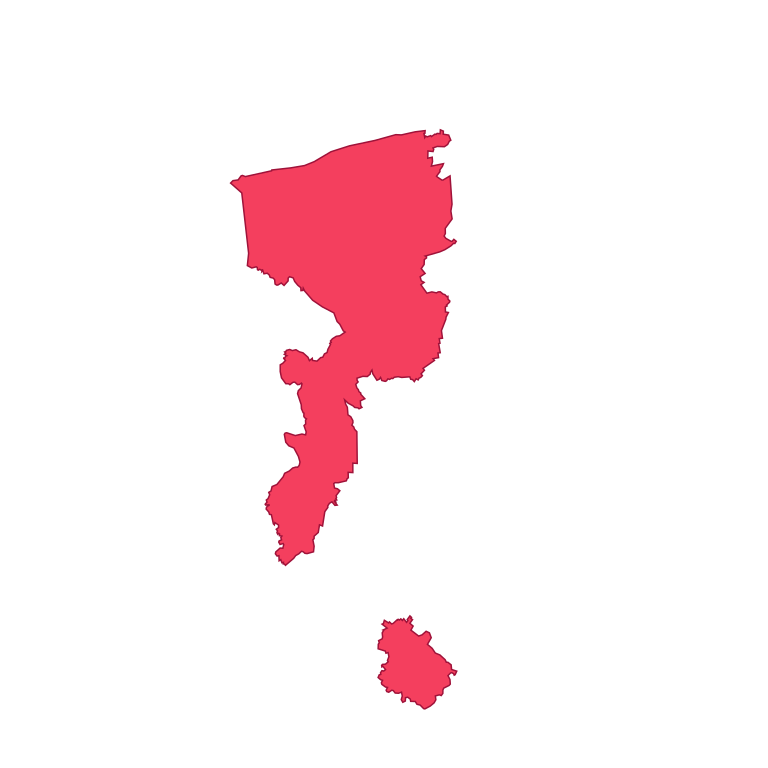 Chiconamel, Veracruz, Mexico (Mercator projection), rotated 41°
{"feature_id": "50627088B16194537288305", "entity_name": "Chiconamel", "entity_type": "district", "adm_level": 2, "iso_a3": "MEX", "parent_name": "Mexico", "parent_adm1": "Veracruz", "projection": "mercator", "projection_center": [-98.445, 21.244], "detail": "fine", "context": "isolated", "style": "filled", "palette": "rose", "viewbox_px": 768, "rotation_deg": 41, "n_neighbors": 0, "source": "geoboundaries", "source_scale": "gbopen_adm2", "svg_char_len": 6171}
<svg xmlns="http://www.w3.org/2000/svg" viewBox="0 0 768 768"><g transform="rotate(41 384 384)"><path d="M428.6,585.5L430.2,574.9L429.9,571.4L431.1,568.1L431.5,564.4L433.1,563.6L435.3,563.7L437.2,562.5L440.9,556.9L437.7,552.3L432.5,548.2L432.7,546.6L431.1,544.7L431.8,539.2L427.7,532.6L430.8,531.5L423.1,519.2L422.6,514.0L421.5,512.9L421.1,509.9L422.0,507.1L426.6,507.8L428.1,506.1L424.1,505.2L424.8,504.6L423.3,504.3L422.7,504.9L424.4,502.5L422.8,502.0L422.8,500.9L421.1,499.7L420.7,493.5L417.6,493.6L414.9,495.0L411.4,492.1L411.7,490.7L414.2,488.6L419.1,481.8L418.3,479.7L418.6,478.2L414.9,474.2L418.6,471.3L412.4,464.2L415.9,461.5L394.8,437.8L391.5,437.5L389.2,436.2L386.8,436.2L385.9,433.5L384.4,432.0L380.4,430.5L377.0,430.9L371.6,425.6L368.4,424.4L364.7,421.8L369.5,422.0L374.9,420.8L377.3,420.9L379.9,419.1L381.4,419.1L382.7,416.1L380.6,415.6L377.2,412.2L379.2,407.7L373.1,407.0L372.5,406.1L370.1,406.2L368.3,405.1L366.2,404.8L362.9,402.8L363.1,399.4L361.3,398.9L359.8,397.3L363.0,392.1L366.5,389.3L367.1,385.6L366.1,384.2L365.8,381.4L368.7,383.6L376.2,385.8L377.3,383.5L377.1,381.3L380.0,382.8L383.2,381.2L383.8,380.0L383.6,377.5L385.2,376.9L385.9,374.8L387.1,374.1L387.3,372.2L389.9,369.2L393.1,367.4L398.2,362.2L398.9,361.7L401.0,362.9L402.7,361.9L405.3,362.3L404.8,359.0L407.1,358.5L406.6,356.6L407.4,354.9L407.5,352.5L405.3,352.0L405.5,347.1L403.2,346.6L406.6,333.1L404.4,332.7L407.9,328.3L404.4,325.2L405.9,323.5L398.7,317.6L399.5,316.5L395.9,313.5L398.1,311.1L392.3,306.0L388.2,294.6L387.0,292.9L385.7,287.8L383.1,289.3L379.7,285.6L380.4,283.7L379.4,283.5L379.8,279.2L379.3,278.2L376.7,278.0L374.7,275.9L374.1,276.9L371.3,276.6L369.6,277.4L366.0,277.5L364.5,278.9L363.8,280.8L359.7,283.1L356.8,287.3L346.7,284.9L347.6,281.0L344.4,281.7L340.9,279.3L342.5,273.6L336.4,272.5L335.9,267.5L332.8,263.6L333.4,261.0L332.5,260.0L331.2,260.3L339.4,247.7L341.8,242.7L343.9,235.7L344.2,232.2L345.3,231.5L344.9,228.9L341.8,229.0L341.8,231.8L340.6,232.4L335.1,233.5L332.3,232.9L331.6,230.2L328.1,226.3L327.1,214.7L321.0,209.6L317.4,203.7L297.3,183.6L294.7,191.4L293.9,192.1L288.6,192.8L287.3,192.7L286.9,187.0L285.7,185.7L285.3,181.4L284.3,178.7L276.8,188.5L274.7,184.3L271.6,181.2L268.9,184.9L264.3,179.3L268.5,176.4L267.6,174.3L266.1,173.7L268.3,169.8L273.9,165.3L274.9,161.5L274.0,157.9L274.5,156.2L269.5,153.7L264.8,156.6L262.9,154.2L259.8,155.2L262.1,158.3L259.7,160.0L259.5,161.5L258.5,162.0L257.5,166.1L256.3,165.9L254.4,169.2L252.8,169.5L253.1,171.3L249.8,168.7L250.4,168.0L248.8,165.8L242.1,173.2L233.7,184.6L229.3,188.1L217.4,206.1L201.7,226.9L191.6,243.5L185.4,262.1L180.7,271.3L171.8,282.1L158.9,296.1L159.3,296.8L143.3,318.4L140.3,319.5L139.6,320.7L140.0,325.7L136.6,329.6L136.4,333.0L151.3,333.1L196.1,374.2L203.2,384.3L208.1,383.2L210.7,379.4L211.9,379.2L213.5,380.7L214.4,380.6L215.0,378.9L216.6,378.7L217.2,377.9L217.9,379.0L217.9,377.8L221.1,379.6L223.2,377.0L225.9,377.0L228.1,378.2L230.8,376.8L233.0,377.0L236.2,380.0L238.0,379.8L239.0,378.9L240.2,375.2L243.9,375.2L244.0,369.1L242.2,367.0L242.3,365.0L245.9,363.5L249.3,365.2L254.1,366.0L258.0,365.9L260.1,368.0L261.4,366.6L260.2,364.7L263.2,365.9L275.2,367.6L287.0,366.2L299.5,363.2L307.6,367.6L311.5,367.9L318.4,370.6L320.6,370.3L319.0,376.6L316.7,379.3L315.4,383.7L315.4,386.7L316.9,387.2L316.4,388.9L317.7,389.3L318.9,394.6L320.4,397.6L319.3,400.3L320.2,404.0L318.9,405.6L318.4,410.7L314.6,413.1L313.0,411.7L312.4,415.3L309.1,413.7L302.4,413.6L299.1,415.2L295.1,415.9L292.9,418.9L290.2,419.8L288.3,422.6L288.6,424.0L288.0,425.0L289.6,425.2L289.3,427.0L292.1,426.4L291.5,427.5L292.1,429.6L291.3,430.0L291.5,430.5L294.2,430.9L294.0,434.8L293.1,437.6L297.5,442.7L302.6,446.6L309.7,448.2L311.8,446.4L313.4,446.3L314.2,442.4L315.5,441.1L319.2,441.2L320.5,439.8L321.1,437.5L322.0,437.7L324.0,441.4L323.7,445.2L325.1,448.0L335.1,453.9L337.9,456.8L341.8,458.7L342.7,458.5L344.6,460.9L346.1,461.5L348.4,461.2L348.5,462.8L351.1,465.5L350.9,467.9L356.7,471.2L358.2,473.8L354.9,475.6L350.9,481.1L342.6,484.6L341.6,485.9L341.8,487.4L348.1,492.4L352.7,493.1L358.0,491.4L366.9,494.8L371.8,498.0L373.4,501.0L373.4,503.5L372.0,504.5L370.2,507.3L369.6,511.8L367.6,516.6L368.8,520.2L369.1,530.1L366.8,534.8L368.9,538.9L368.1,541.4L370.4,542.6L371.7,546.6L371.3,548.8L373.2,549.9L373.2,552.7L374.1,553.0L376.4,550.6L376.9,551.0L376.1,552.7L376.3,554.4L377.1,555.7L381.0,556.2L383.1,557.5L384.7,556.5L392.2,562.1L393.7,562.2L392.6,560.2L396.9,559.6L398.6,561.5L398.0,564.3L400.0,564.7L400.7,566.4L402.4,567.1L402.5,565.7L403.6,565.7L404.5,567.1L406.7,565.8L406.9,567.6L408.9,568.8L407.8,571.3L408.3,572.4L410.8,573.3L412.5,570.6L413.7,571.0L415.4,574.3L413.2,576.0L412.5,581.7L413.4,583.4L416.2,584.0L417.3,582.5L420.8,586.2L421.3,584.3L424.2,585.9L425.1,584.6L425.9,585.9L427.1,585.2L428.6,585.5ZM631.4,578.9L629.2,576.3L628.6,574.3L630.9,568.8L630.9,567.0L627.7,563.8L623.6,562.1L623.8,558.5L624.6,557.3L626.7,557.0L628.0,557.7L628.4,556.7L627.3,553.0L622.3,555.1L618.9,551.9L614.8,552.1L613.6,553.1L611.1,552.0L604.0,551.8L599.2,553.4L593.8,551.9L587.6,552.0L586.1,544.5L581.5,542.0L578.0,543.0L577.3,548.4L575.5,551.5L565.8,552.1L564.8,547.6L560.5,547.6L560.1,543.1L558.0,543.3L557.9,542.1L555.7,542.0L556.1,546.6L557.3,546.9L557.4,549.1L552.9,548.2L553.0,550.4L550.8,550.2L550.5,552.0L549.1,552.3L549.1,553.3L548.6,553.3L548.0,558.7L547.1,560.1L544.2,560.0L544.2,561.3L539.3,562.1L540.7,565.2L540.1,566.5L546.5,566.2L544.7,570.2L545.4,570.0L545.9,573.0L548.9,575.8L549.8,577.5L548.3,581.2L550.2,582.4L550.4,584.1L553.3,587.7L560.2,584.7L562.1,585.9L563.3,584.0L566.6,586.6L568.0,590.4L569.4,590.9L568.9,594.5L566.8,596.6L566.8,597.9L568.0,598.9L568.3,597.8L572.5,598.5L572.1,600.8L570.5,601.7L570.8,604.2L572.1,605.3L571.2,606.7L572.1,609.4L575.4,609.4L577.3,608.6L578.0,611.2L579.5,612.1L584.0,611.7L585.7,610.7L586.5,613.7L587.9,614.3L589.8,613.5L590.8,610.0L592.1,609.3L595.2,609.9L597.8,607.9L599.4,605.1L602.5,607.5L604.1,610.9L607.0,611.9L608.1,609.3L606.0,606.6L607.4,604.8L610.6,604.6L612.3,606.0L615.9,603.1L619.0,604.1L621.9,602.6L626.9,603.0L628.0,602.4L630.2,596.7L631.0,591.8L630.3,588.3L627.4,585.7L629.7,582.3L631.6,581.6L631.4,578.9Z" fill="#f43f5e" stroke="#9f1239" stroke-width="1.5"/></g></svg>